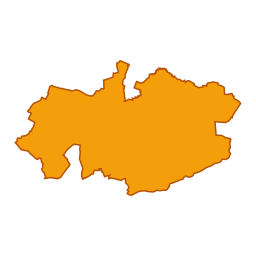 the district of Aiviekstes pag., Plavinu, Latvia
{"feature_id": "27541924B44380284961438", "entity_name": "Aiviekstes pag.", "entity_type": "district", "adm_level": 2, "iso_a3": "LVA", "parent_name": "Latvia", "parent_adm1": "Plavinu", "projection": "albers", "projection_center": [25.79, 56.661], "detail": "fine", "context": "isolated", "style": "filled", "palette": "amber", "viewbox_px": 256, "rotation_deg": 0, "n_neighbors": 0, "source": "geoboundaries", "source_scale": "gbopen_adm2", "svg_char_len": 5654}
<svg xmlns="http://www.w3.org/2000/svg" viewBox="0 0 256 256"><path d="M28.2,111.9L31.3,113.2L28.4,118.9L34.7,122.4L33.5,126.8L32.1,128.7L31.3,131.3L30.2,130.9L28.7,133.8L25.5,135.7L21.6,136.3L21.2,138.2L20.1,138.4L17.7,138.0L17.0,139.5L17.2,141.5L16.2,141.7L15.9,142.3L15.4,142.6L21.2,149.7L28.5,151.2L29.3,152.8L33.4,156.3L35.7,158.7L37.9,159.5L38.4,158.2L39.2,158.1L40.8,158.5L41.8,162.6L42.7,163.2L43.1,163.8L42.7,164.8L42.7,167.7L41.7,168.7L42.3,170.6L43.0,171.6L43.8,172.3L44.3,173.3L44.3,173.9L44.9,174.6L44.9,175.3L45.6,176.2L45.4,177.1L44.7,178.4L46.0,178.2L46.3,178.0L47.0,178.3L47.2,178.1L50.6,177.6L51.7,177.8L51.9,177.5L52.4,177.9L57.8,178.7L58.4,178.3L60.5,177.5L63.3,173.4L64.9,171.6L66.4,169.4L69.2,165.9L69.7,165.2L69.6,164.9L69.8,164.2L69.5,163.6L68.2,161.8L67.7,160.9L67.5,159.4L67.1,158.7L65.8,157.8L64.1,155.4L63.2,155.0L63.8,154.7L66.8,150.1L73.6,144.3L80.0,144.9L80.1,146.5L79.7,149.2L80.2,151.9L80.2,152.7L79.5,159.0L79.9,160.2L81.7,165.0L82.3,166.7L82.6,168.5L82.6,169.5L81.5,173.8L81.8,175.2L81.9,177.3L82.3,178.5L82.8,179.3L84.8,177.7L85.1,178.1L88.4,176.5L90.5,175.0L90.5,174.6L92.5,173.7L93.2,173.9L93.3,173.5L93.5,173.5L93.6,172.4L94.0,171.3L94.2,170.5L96.0,170.3L97.4,170.6L98.6,170.5L99.4,170.3L99.6,169.5L98.9,169.4L99.1,168.7L99.4,168.6L101.2,168.8L101.1,169.6L101.8,170.4L101.2,171.1L101.5,171.6L103.0,172.6L104.6,176.7L109.7,175.2L108.8,176.9L108.7,178.7L111.1,178.1L111.5,178.1L117.5,179.4L120.9,180.5L124.0,178.8L125.3,178.6L125.6,181.2L125.5,182.8L126.0,183.1L127.9,185.2L128.3,185.9L128.8,187.7L128.8,187.9L127.2,190.2L128.7,191.2L127.2,193.6L129.3,194.8L131.9,195.2L134.0,193.8L135.7,193.2L137.2,192.1L140.7,191.1L144.6,190.8L149.3,191.7L153.4,191.9L157.2,190.2L159.1,190.6L161.0,190.7L162.4,190.2L166.1,190.2L167.1,189.5L168.3,187.9L169.4,186.0L169.6,184.5L170.1,183.8L170.9,183.3L172.8,183.0L175.0,181.9L178.6,180.7L180.4,179.7L182.4,179.5L183.2,178.8L183.6,177.8L184.2,177.0L185.6,176.1L186.7,176.2L187.7,176.9L188.3,177.1L190.0,177.1L191.9,176.4L193.0,175.5L193.6,174.2L194.3,173.4L199.2,171.9L202.6,170.1L205.0,168.4L207.0,167.3L211.4,165.8L214.7,163.5L218.1,162.8L220.1,162.1L220.7,161.6L221.7,160.1L222.4,159.3L223.3,159.1L225.7,159.5L226.4,159.2L228.3,158.1L229.1,157.1L230.5,153.5L230.2,153.3L229.2,152.0L229.1,149.8L228.8,149.3L230.3,147.9L230.2,146.2L230.1,145.1L229.8,144.2L229.9,143.1L230.0,143.2L229.9,142.9L230.3,141.7L230.4,140.4L230.8,139.8L230.3,139.4L230.4,138.6L225.5,137.7L223.2,136.2L220.9,135.3L216.1,135.3L215.0,121.7L223.4,122.4L225.5,122.3L225.5,122.5L228.4,121.1L229.8,119.8L231.4,117.2L232.2,117.7L232.6,115.9L235.2,111.6L240.6,103.5L240.4,103.1L238.2,100.8L234.1,98.6L233.9,96.0L232.7,95.9L231.9,93.5L228.1,94.2L227.9,94.5L224.5,94.3L224.3,87.7L223.6,87.1L221.2,85.7L218.8,85.0L218.3,84.6L217.9,82.9L213.2,82.0L207.6,83.1L206.5,84.9L206.5,85.0L206.8,85.3L206.8,85.8L202.7,85.6L202.7,87.1L198.3,87.6L193.9,85.1L194.3,83.8L189.1,80.8L188.0,80.8L186.6,81.3L185.4,82.5L184.7,80.6L184.8,80.5L184.7,80.3L183.1,81.2L181.8,81.2L180.0,79.5L178.8,79.3L178.0,79.6L177.4,79.4L175.6,77.5L175.1,77.3L174.6,76.1L173.9,76.2L173.9,76.5L173.4,77.0L172.9,76.6L172.8,76.1L171.6,75.9L172.1,75.1L171.6,74.2L171.0,74.4L170.6,74.0L170.0,74.0L169.6,73.3L169.7,72.9L168.6,72.8L168.4,72.4L167.3,72.0L167.2,71.7L167.4,70.9L165.9,70.6L165.8,70.3L166.2,69.3L165.5,69.4L165.5,69.0L164.7,69.1L164.5,68.7L164.1,68.3L163.6,69.0L163.3,69.1L162.6,68.6L162.3,69.2L161.9,68.6L161.2,69.0L161.0,68.5L160.7,68.5L160.5,68.3L160.3,68.3L160.0,68.9L159.5,68.5L159.6,68.8L159.2,68.8L159.0,69.5L158.6,69.4L158.3,69.6L158.1,69.3L157.8,69.2L157.8,69.7L157.3,69.7L157.2,69.9L156.8,69.9L156.6,70.6L155.9,70.7L155.9,70.9L156.3,71.0L156.1,71.5L156.2,71.8L156.0,72.1L155.4,72.5L155.8,73.2L155.7,73.6L155.5,73.8L155.0,73.5L154.5,73.6L154.2,73.8L153.3,73.8L153.2,73.9L153.2,74.3L152.7,74.5L152.4,74.0L152.2,73.9L152.1,74.2L151.9,74.3L151.7,74.2L151.4,74.6L151.2,74.6L150.9,74.5L150.8,74.2L150.2,74.0L149.7,74.2L148.7,77.8L147.0,78.6L145.8,80.1L143.5,82.1L141.3,83.2L140.9,83.2L136.6,81.5L134.2,87.8L140.4,90.2L140.2,90.4L140.2,91.2L139.9,91.7L140.1,91.8L140.4,92.2L140.7,92.2L140.6,92.6L140.3,92.7L140.3,93.0L140.5,93.4L140.6,94.2L141.0,95.0L140.8,95.0L140.5,94.8L140.1,94.9L140.0,95.6L139.7,96.1L138.5,96.0L138.8,96.5L138.4,96.6L138.3,96.9L138.0,97.0L137.7,96.7L137.5,97.1L137.3,96.8L137.0,97.0L136.8,97.3L136.8,97.8L136.6,97.8L136.4,97.5L136.2,97.7L136.1,97.4L135.9,97.3L136.0,97.5L135.4,97.5L135.0,98.1L134.1,98.1L133.5,98.5L133.2,98.5L133.1,98.8L133.2,99.1L132.9,99.4L132.7,99.4L132.7,98.8L132.4,98.5L132.5,100.2L128.7,99.2L128.3,99.3L126.9,100.6L124.6,101.2L124.3,101.1L125.3,100.0L124.9,97.9L124.5,97.2L124.6,96.2L124.6,95.4L123.5,88.8L124.1,88.7L124.0,88.4L124.2,88.1L124.2,87.8L124.5,87.4L124.3,86.3L124.6,85.9L124.3,85.7L123.9,85.9L123.5,85.6L123.3,85.0L122.9,84.9L122.4,83.1L122.7,82.8L123.1,79.8L123.8,79.2L125.1,77.8L125.0,77.7L125.1,77.2L125.0,75.3L125.1,75.1L125.3,74.4L126.2,72.5L126.2,72.0L126.5,71.2L126.8,70.9L127.0,69.7L127.4,69.2L128.0,67.9L127.8,65.6L129.1,65.7L129.0,64.5L120.5,60.8L119.6,61.2L119.4,61.9L116.7,63.3L117.0,67.5L118.4,71.9L117.5,72.7L114.4,73.3L113.4,73.1L113.0,77.0L109.3,78.5L103.6,80.2L103.9,83.4L103.8,85.1L104.0,88.5L103.2,88.9L101.3,88.4L100.3,89.7L98.8,91.0L96.3,90.8L95.1,93.1L92.7,95.9L90.1,95.9L86.8,95.0L84.1,93.5L79.7,90.8L76.0,89.7L73.5,90.7L72.4,91.0L71.4,91.0L71.3,90.7L69.0,89.9L67.3,89.9L61.7,88.3L61.2,88.6L53.1,86.3L52.1,85.5L51.5,85.5L49.8,86.6L48.2,92.2L47.7,92.9L48.7,93.5L45.7,99.0L46.5,99.4L45.9,99.3L41.9,97.3L41.2,98.3L41.2,99.6L40.6,100.1L37.3,101.9L33.6,103.4L30.7,107.0L29.9,108.9L27.9,110.8L27.7,111.2L28.2,111.9Z" fill="#f59e0b" stroke="#b45309" stroke-width="1.5"/></svg>